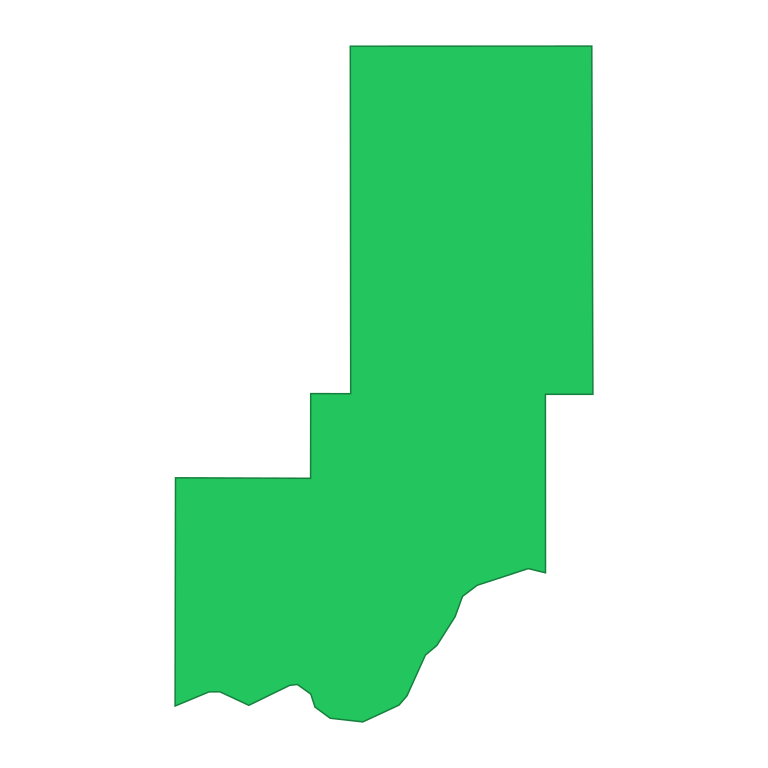 outline of Minidoka, Idaho, United States of America
{"feature_id": "52423323B21939715817701", "entity_name": "Minidoka", "entity_type": "district", "adm_level": 2, "iso_a3": "USA", "parent_name": "United States of America", "parent_adm1": "Idaho", "projection": "robinson", "projection_center": [-113.693, 42.86], "detail": "fine", "context": "isolated", "style": "filled", "palette": "green", "viewbox_px": 768, "rotation_deg": 0, "n_neighbors": 0, "source": "geoboundaries", "source_scale": "gbopen_adm2", "svg_char_len": 466}
<svg xmlns="http://www.w3.org/2000/svg" viewBox="0 0 768 768"><path d="M175.5,477.8L175.1,706.0L209.0,691.9L219.9,691.8L248.8,705.3L289.8,685.3L297.4,684.5L310.8,694.1L315.0,707.1L330.3,718.3L362.8,721.9L399.0,705.1L407.0,695.8L425.4,655.1L436.9,645.4L455.1,616.7L462.5,596.4L477.1,585.3L528.2,568.6L545.5,572.8L545.4,394.3L592.9,394.3L591.8,46.1L350.3,46.2L350.7,393.7L310.7,393.6L310.6,478.3L175.5,477.8Z" fill="#22c55e" stroke="#15803d" stroke-width="1.5"/></svg>